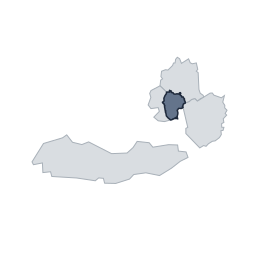 map of Lithuania with Sweden, Belarus, Poland and Latvia greyed out, rotated 254°
{"feature_id": "LTU", "entity_name": "Lithuania", "entity_type": "country or territory", "adm_level": 0, "iso_a3": "LTU", "parent_name": "Europe", "parent_adm1": "", "projection": "mercator", "projection_center": [24.055, 55.152], "detail": "fine", "context": "with_neighbors", "style": "filled", "palette": "slate", "viewbox_px": 256, "rotation_deg": 254, "n_neighbors": 4, "source": "natural_earth", "source_scale": "50m", "svg_char_len": 3724}
<svg xmlns="http://www.w3.org/2000/svg" viewBox="0 0 256 256"><g transform="rotate(254 128 128)"><path d="M73.6,145.2L80.0,132.8L81.7,120.7L78.5,115.4L78.1,100.9L81.4,90.3L86.4,90.5L88.1,86.0L86.3,82.0L94.1,64.9L102.4,41.4L107.3,41.5L108.6,33.9L118.0,36.1L118.8,27.0L121.9,26.4L136.4,42.5L136.6,62.4L138.3,67.2L129.6,70.7L124.8,79.1L125.5,86.3L107.9,105.1L104.2,120.2L107.8,127.5L112.6,133.1L108.0,144.3L102.7,146.6L100.8,162.4L98.0,171.0L91.9,170.1L89.0,177.2L83.2,177.6L81.6,169.1L77.4,158.7L73.6,145.2Z" fill="#d9dde1" stroke="#a8b0b8" stroke-width="1"/><path d="M159.7,170.4L165.0,172.6L165.7,174.8L168.3,173.8L173.3,175.9L173.7,180.0L172.7,182.4L175.8,188.1L177.9,189.6L177.6,191.2L180.9,192.7L182.4,194.9L180.4,196.7L175.4,197.2L177.8,205.3L173.5,205.8L172.0,207.5L171.7,211.6L165.1,211.2L163.8,209.3L161.9,210.7L145.4,206.8L141.5,207.0L138.8,209.2L136.4,209.5L136.3,205.9L134.7,202.1L137.7,200.4L137.8,197.1L136.4,193.9L136.2,190.2L141.0,190.2L146.5,187.0L147.6,182.1L151.7,179.3L151.3,175.3L159.7,170.4Z" fill="#d9dde1" stroke="#a8b0b8" stroke-width="1"/><path d="M136.2,190.2L136.4,193.9L137.8,197.1L137.7,200.4L134.7,202.1L138.9,216.5L138.4,218.7L135.9,219.6L131.3,226.1L132.6,229.6L126.7,226.2L123.1,227.3L120.7,226.5L117.8,228.1L115.2,225.4L113.2,226.4L110.6,222.1L106.9,221.7L106.4,219.2L102.9,218.3L102.2,220.4L99.5,218.7L99.8,216.6L96.0,215.9L93.6,213.3L91.6,208.2L92.0,205.4L90.7,201.0L88.9,198.0L90.3,195.8L89.1,191.5L106.7,182.1L111.7,183.5L112.1,185.6L132.4,186.6L134.9,187.5L136.2,190.2Z" fill="#d9dde1" stroke="#a8b0b8" stroke-width="1"/><path d="M155.3,158.4L157.7,160.5L159.7,170.4L151.3,175.3L146.4,171.0L143.8,170.4L143.1,168.5L129.7,168.9L124.0,171.6L124.1,164.8L126.6,159.0L131.3,155.8L135.3,162.7L139.3,162.6L140.3,155.4L144.6,153.7L151.1,158.4L155.3,158.4Z" fill="#d9dde1" stroke="#a8b0b8" stroke-width="1"/><path d="M132.5,186.3L132.3,185.9L132.1,185.2L132.1,184.6L132.3,184.0L132.9,182.2L132.8,181.9L132.4,181.4L131.9,181.0L131.5,180.2L130.4,180.2L129.4,180.2L129.1,180.2L128.1,179.9L127.1,179.4L126.5,179.0L125.9,178.7L125.6,178.3L125.2,178.4L124.9,178.4L124.7,177.7L124.9,176.8L124.5,175.3L124.0,173.6L123.9,171.7L123.9,171.3L125.3,170.2L127.0,169.1L127.3,169.0L128.9,168.3L129.1,168.2L130.5,168.4L131.6,168.5L132.6,168.5L133.1,168.3L133.6,168.5L133.9,169.0L134.3,168.9L134.7,168.6L136.8,168.9L137.3,168.9L137.8,168.9L138.8,169.2L139.3,169.5L140.6,169.3L141.1,169.3L141.4,169.2L142.3,168.5L142.6,168.3L143.0,168.2L143.3,168.3L143.5,169.0L144.1,170.1L144.8,170.3L146.7,170.7L147.1,171.0L148.2,171.9L148.8,172.4L149.2,172.8L149.8,173.6L150.2,174.1L150.8,174.5L151.5,174.8L151.8,174.9L151.8,175.3L151.6,175.9L151.4,176.8L151.1,177.5L151.1,177.8L151.3,178.0L152.2,178.1L152.6,178.2L152.7,178.4L152.5,178.6L152.2,178.8L152.0,179.0L151.8,179.6L150.2,179.5L149.9,180.0L149.9,180.3L149.7,180.7L149.3,181.1L148.6,181.2L148.1,181.5L147.7,182.2L147.4,183.2L147.4,183.9L147.4,184.3L147.4,184.6L147.2,184.8L146.9,185.5L146.6,186.2L146.5,186.6L146.9,186.8L147.3,186.9L147.5,187.2L147.6,187.5L147.6,187.9L147.5,188.1L147.2,188.2L146.6,188.2L146.3,188.0L146.3,187.9L146.4,187.6L146.3,187.1L146.1,186.9L145.6,187.3L145.2,187.3L144.7,187.6L144.3,188.1L144.0,188.3L143.1,188.2L142.9,188.4L142.7,189.4L142.6,189.6L141.9,189.6L141.1,190.0L140.3,190.3L139.9,190.1L139.7,189.8L139.3,189.9L138.8,190.0L138.5,189.9L138.1,190.0L137.4,190.2L136.5,190.1L136.2,189.9L136.1,189.4L136.1,188.7L136.0,188.2L135.6,187.7L135.1,187.4L134.6,187.0L134.2,186.8L133.9,186.8L133.9,186.6L133.8,186.4L133.6,186.3L133.2,186.1L132.8,186.0L132.5,186.3ZM123.5,178.3L123.2,178.2L123.8,177.2L124.0,176.6L124.1,175.6L124.3,175.3L124.3,175.8L124.2,176.5L123.8,177.7L123.5,178.3Z" fill="#64748b" stroke="#1e293b" stroke-width="1.5"/></g></svg>